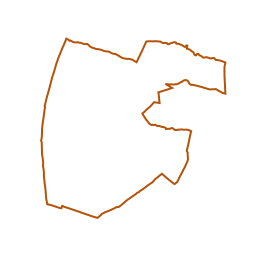 Santa Catarina Ayometla, Tlaxcala, Mexico, rotated 14°
{"feature_id": "50627088B90127145073625", "entity_name": "Santa Catarina Ayometla", "entity_type": "district", "adm_level": 2, "iso_a3": "MEX", "parent_name": "Mexico", "parent_adm1": "Tlaxcala", "projection": "albers", "projection_center": [-98.213, 19.193], "detail": "fine", "context": "isolated", "style": "outline", "palette": "amber", "viewbox_px": 256, "rotation_deg": 14, "n_neighbors": 0, "source": "geoboundaries", "source_scale": "gbopen_adm2", "svg_char_len": 5720}
<svg xmlns="http://www.w3.org/2000/svg" viewBox="0 0 256 256"><g transform="rotate(14 128 128)"><path d="M214.2,71.1L213.5,68.9L213.1,67.6L212.7,66.2L212.0,63.9L211.7,62.8L211.2,61.3L210.4,58.7L210.0,57.2L209.7,56.4L209.4,55.3L209.3,54.8L209.1,54.4L208.8,53.3L208.7,52.7L208.5,52.2L208.2,50.8L208.1,50.3L207.9,49.7L207.6,48.8L207.5,48.1L207.0,46.0L206.9,45.5L206.8,44.8L206.7,44.0L206.7,43.5L206.7,42.8L206.7,42.6L206.7,41.8L206.7,40.9L205.9,40.8L202.1,40.3L199.3,40.3L197.6,40.6L196.4,40.6L194.8,39.4L193.8,39.4L192.2,40.2L191.5,40.6L190.6,40.5L189.3,40.4L188.1,40.3L186.2,40.5L185.1,41.2L183.8,41.5L182.9,41.1L181.8,40.5L181.1,40.3L179.7,40.2L179.0,39.5L178.3,39.1L177.1,39.5L176.7,40.4L176.5,41.0L175.9,41.1L175.2,41.0L174.5,40.5L173.9,39.7L173.1,38.7L172.3,38.4L171.1,38.1L170.4,37.6L169.5,37.2L168.6,37.0L167.5,36.8L166.8,36.9L165.9,36.8L165.8,36.4L165.7,35.3L165.7,34.6L165.6,33.7L165.2,33.6L164.6,34.0L164.3,34.9L163.6,35.6L162.9,35.5L161.8,35.0L160.8,34.7L159.3,34.5L158.4,34.3L157.3,34.1L156.4,34.1L155.3,34.4L154.4,34.4L154.0,33.6L153.3,33.4L152.4,33.5L151.4,33.9L150.4,34.6L149.5,35.1L148.6,35.6L148.1,36.2L147.3,36.8L146.4,37.0L145.7,36.7L145.0,36.2L144.1,36.4L143.1,36.5L141.4,37.1L140.5,37.0L138.8,36.4L137.7,36.4L136.4,36.7L135.0,36.9L133.4,37.2L130.9,38.0L128.9,38.4L127.7,38.7L126.3,39.1L124.8,39.7L124.0,44.1L123.1,49.2L122.6,51.4L122.1,53.9L121.7,55.8L121.3,57.3L121.3,57.6L120.7,60.7L120.4,62.1L119.6,61.9L118.8,61.7L117.8,61.4L117.1,61.1L115.8,60.7L114.9,60.7L114.1,60.6L112.4,60.6L110.8,61.1L109.6,61.2L109.0,61.3L107.4,61.4L105.6,61.5L104.6,61.1L103.2,60.8L101.8,60.2L100.2,59.9L99.2,59.6L98.3,59.3L97.2,59.2L96.4,59.5L95.4,59.5L94.3,59.4L93.2,59.2L92.2,58.8L91.3,58.6L90.0,58.6L88.5,59.0L87.5,59.0L85.2,59.0L84.1,58.7L83.3,58.7L82.8,58.6L81.8,58.6L80.6,58.7L79.3,58.8L77.9,59.1L76.6,58.9L75.5,58.7L74.5,58.8L73.5,58.7L72.5,58.3L71.2,58.1L70.4,57.5L69.5,57.0L68.5,56.4L67.8,56.4L66.9,56.8L66.2,57.0L65.5,57.0L64.9,57.1L64.2,57.2L63.8,57.1L63.1,56.9L62.3,56.8L61.5,56.7L60.9,56.8L60.5,57.0L60.0,57.0L59.5,56.9L58.1,57.0L57.5,57.5L56.2,57.7L55.5,57.7L54.5,57.9L53.1,57.7L52.1,57.3L51.3,57.2L50.7,57.0L50.3,57.1L50.2,57.4L49.7,57.2L49.2,57.0L48.4,56.6L47.7,56.5L47.2,56.4L46.6,56.2L46.0,60.6L45.8,61.7L45.0,66.3L43.9,73.8L43.4,77.7L42.9,83.5L42.7,90.1L42.6,90.6L42.6,91.8L42.5,92.6L42.4,94.2L42.4,94.6L42.2,96.8L42.1,108.5L41.8,118.3L41.8,122.3L41.9,125.0L41.8,126.8L42.3,127.8L42.5,127.9L42.5,128.0L42.7,131.1L43.3,136.3L44.2,145.1L44.8,149.6L45.2,151.2L45.7,153.5L45.8,153.7L45.8,154.0L46.5,157.4L46.8,159.8L46.7,160.6L46.7,160.9L46.8,161.4L47.0,161.6L47.4,162.3L47.8,163.0L49.8,170.1L50.7,173.3L51.2,174.8L53.4,180.2L53.6,180.7L54.3,182.9L54.6,184.6L54.6,185.3L55.0,186.1L55.5,187.1L55.7,187.5L56.0,188.5L56.8,190.6L57.3,191.9L57.8,194.0L58.1,195.3L59.4,198.7L60.2,201.0L60.7,202.3L61.2,203.7L61.7,204.7L62.2,206.0L63.3,209.1L64.8,213.7L65.8,216.5L66.2,217.5L67.5,220.0L68.1,221.5L69.0,221.4L69.2,221.5L69.8,221.5L70.4,221.5L70.8,221.5L71.6,221.4L73.7,221.6L75.9,221.7L78.3,221.9L80.7,222.1L82.6,222.1L82.8,221.9L82.9,219.9L82.9,219.6L83.0,219.5L83.2,219.4L85.1,219.9L87.9,220.1L88.8,220.1L90.9,220.3L92.4,220.4L93.5,220.5L96.3,220.7L99.3,221.0L101.7,221.1L102.0,221.2L102.1,221.3L115.3,222.4L117.4,222.5L120.1,222.6L120.7,221.8L122.1,219.9L122.9,218.9L122.9,218.7L123.0,218.3L123.2,217.9L123.6,217.6L124.8,216.5L125.6,215.8L126.2,215.2L126.3,215.2L126.7,214.9L127.5,214.3L128.2,213.9L129.2,213.1L129.9,212.6L131.6,211.4L132.2,210.8L133.9,209.4L134.4,209.0L135.1,208.3L135.6,207.9L136.0,207.6L136.4,207.4L137.0,207.2L137.6,207.0L137.9,206.9L138.3,206.6L138.9,206.1L139.3,205.4L140.1,204.6L140.4,204.1L141.0,203.2L141.5,202.5L142.6,200.8L143.8,199.2L144.9,197.7L146.3,196.2L147.3,195.1L149.6,192.4L150.3,191.6L150.8,191.1L151.4,190.4L151.9,189.6L152.6,188.7L152.9,188.4L153.4,188.1L153.9,187.9L154.4,186.9L154.8,186.3L155.3,185.7L156.3,184.8L157.3,183.6L158.9,181.7L160.0,180.2L161.1,178.9L162.3,177.6L163.2,176.5L164.0,175.7L164.6,175.1L165.0,174.4L166.2,172.2L167.0,170.6L167.8,169.6L168.8,168.5L169.5,167.5L170.5,166.1L170.8,165.7L171.2,165.2L171.5,164.8L171.8,164.5L172.0,164.2L178.2,167.4L186.3,171.1L186.9,171.0L187.6,170.1L187.9,169.5L188.2,169.1L188.9,168.6L188.9,168.1L189.2,166.8L189.4,166.0L189.7,164.0L190.2,161.9L190.8,159.8L191.0,158.6L191.5,157.0L191.9,154.9L192.6,152.3L192.8,151.2L192.9,150.3L193.3,148.3L193.4,147.9L193.7,146.1L193.7,145.7L193.8,145.0L193.8,144.3L193.7,143.7L193.5,142.9L193.2,142.1L192.9,141.2L192.6,140.2L192.1,138.7L192.0,138.4L191.8,137.3L190.9,136.5L190.8,136.4L190.5,135.1L190.5,133.9L190.5,130.9L190.2,122.5L190.0,117.5L190.1,115.8L187.1,115.3L184.6,115.5L183.3,116.0L182.2,116.3L181.4,116.3L180.1,116.4L179.3,116.8L178.0,117.3L177.1,117.4L176.1,118.0L174.5,118.5L173.5,118.4L172.5,117.9L171.4,117.5L170.6,117.4L170.0,117.7L169.0,118.6L167.8,118.9L167.0,119.1L165.1,119.8L164.7,119.0L164.0,118.6L162.6,118.5L161.0,118.7L158.9,118.6L157.6,118.4L156.5,118.9L155.5,119.0L154.8,118.7L154.0,118.3L153.2,118.3L152.4,118.9L151.8,119.0L151.0,118.9L150.5,119.1L150.2,119.4L149.6,119.3L148.9,119.1L148.2,118.9L146.5,117.7L144.9,116.5L143.4,115.4L142.8,114.8L142.4,114.4L140.1,112.2L138.4,110.4L139.5,109.1L140.2,108.0L140.9,106.7L142.3,104.7L143.8,102.5L144.7,101.1L145.1,100.4L146.5,97.8L147.0,96.7L150.6,96.3L152.6,96.1L148.9,86.0L151.1,84.7L152.4,83.9L155.0,82.3L155.6,82.0L161.1,78.5L153.6,76.1L155.5,76.1L156.6,75.9L159.2,75.3L160.5,75.0L162.5,74.5L164.2,73.9L165.3,73.4L166.2,72.7L167.4,71.4L168.9,70.3L170.5,68.5L171.8,67.7L173.7,67.5L175.2,68.2L177.0,70.3L178.4,70.8L180.8,70.5L182.4,70.4L185.0,70.3L187.3,70.4L189.7,70.4L192.7,70.6L197.8,70.8L200.4,70.1L203.9,69.0L206.7,69.9L211.7,71.1L214.2,71.1Z" fill="none" stroke="#b45309" stroke-width="2"/></g></svg>